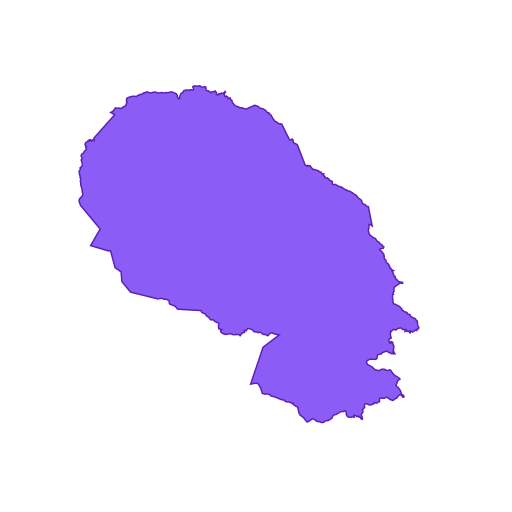 outline of Maguarichi, Chihuahua, Mexico, rotated 315°
{"feature_id": "50627088B68228715353829", "entity_name": "Maguarichi", "entity_type": "district", "adm_level": 2, "iso_a3": "MEX", "parent_name": "Mexico", "parent_adm1": "Chihuahua", "projection": "mercator", "projection_center": [-107.951, 27.819], "detail": "fine", "context": "isolated", "style": "filled", "palette": "violet", "viewbox_px": 512, "rotation_deg": 315, "n_neighbors": 0, "source": "geoboundaries", "source_scale": "gbopen_adm2", "svg_char_len": 6076}
<svg xmlns="http://www.w3.org/2000/svg" viewBox="0 0 512 512"><g transform="rotate(315 256 256)"><path d="M215.6,446.6L216.5,446.1L218.3,442.5L221.3,442.0L222.8,439.9L225.7,440.0L225.7,439.2L228.3,437.7L229.8,438.6L230.7,441.2L231.7,442.4L235.1,443.9L236.2,443.4L237.1,445.2L237.8,445.6L239.6,445.8L240.3,446.4L242.4,444.3L243.4,444.2L245.7,447.0L248.0,448.0L249.0,449.3L249.3,452.2L250.7,455.1L252.9,455.2L254.8,455.9L259.2,455.5L260.4,456.9L260.0,459.7L260.8,460.3L261.5,459.6L261.6,458.7L261.2,456.6L262.9,453.5L263.5,449.6L263.3,446.5L268.4,444.4L269.4,444.4L270.4,445.0L270.9,444.5L270.3,440.3L269.6,439.0L269.9,434.2L270.4,433.1L270.3,431.3L268.0,430.0L266.9,428.3L266.9,427.2L265.1,425.1L262.0,424.1L259.8,420.7L259.6,416.3L258.2,411.8L258.9,409.2L260.5,408.6L263.4,409.4L267.6,413.7L269.0,414.0L271.5,412.1L272.7,412.1L275.5,413.9L277.2,413.7L281.3,415.7L281.6,417.8L282.9,421.1L283.6,421.8L284.5,421.1L284.3,422.7L285.0,423.4L286.0,420.3L289.5,417.5L291.4,413.6L291.5,413.0L290.8,412.0L290.3,412.5L290.7,413.1L289.1,412.6L289.7,410.3L290.9,409.2L292.4,409.1L293.2,409.6L294.0,409.2L294.2,408.3L296.2,405.7L297.4,405.3L298.1,404.2L298.7,404.9L301.5,405.2L302.6,407.3L304.2,407.1L307.5,409.1L307.8,411.8L309.3,413.3L308.3,414.5L309.7,414.3L309.1,415.4L309.7,415.6L309.7,416.4L311.3,417.7L310.5,418.5L310.6,419.3L312.3,418.2L312.8,420.4L315.6,421.1L316.4,420.9L317.0,422.4L318.4,421.5L319.1,421.7L319.3,422.3L320.5,421.9L320.9,420.0L324.0,416.0L323.9,414.4L324.3,413.3L324.0,411.8L323.5,411.4L322.7,408.0L323.4,406.3L322.2,404.3L322.8,402.7L321.3,399.8L321.5,399.0L321.1,397.8L321.6,396.8L321.8,393.2L320.3,388.4L319.5,387.4L319.8,386.2L324.3,380.6L325.4,380.0L326.0,380.3L326.1,379.4L328.4,378.7L330.1,376.9L332.0,375.8L338.4,376.9L339.6,377.9L340.2,379.0L341.0,378.4L338.7,374.9L338.9,371.7L338.5,370.7L339.9,368.8L339.5,368.5L339.6,367.6L341.6,363.5L341.4,362.8L341.7,362.6L342.8,363.4L342.3,361.4L342.6,359.5L342.3,358.9L342.9,358.3L343.8,355.8L343.7,352.0L344.8,351.0L344.9,348.7L347.5,345.4L348.0,342.6L347.9,338.9L348.9,338.8L351.5,340.5L352.9,339.9L352.6,338.9L353.0,337.1L352.3,335.3L352.8,333.4L352.1,330.9L352.8,328.1L351.8,325.6L351.5,321.6L351.8,320.2L353.5,317.2L355.2,316.4L358.2,313.6L359.0,314.3L359.4,316.9L370.3,300.6L369.3,298.6L369.5,296.9L368.6,294.7L368.6,293.5L369.8,291.7L369.9,290.2L369.2,286.7L369.7,285.5L369.7,283.4L369.0,281.3L369.0,279.8L367.9,276.0L367.1,275.3L366.6,273.0L366.0,272.6L365.2,267.5L364.2,266.4L362.7,261.6L360.8,259.5L360.8,258.9L362.6,257.3L361.5,254.0L362.0,252.9L361.5,252.2L361.8,251.3L360.4,250.3L360.2,248.9L360.4,248.4L361.0,248.4L360.7,246.6L362.0,245.7L360.9,244.8L360.9,243.0L361.3,242.8L360.3,241.1L360.5,240.2L358.3,235.7L357.4,235.2L358.0,230.2L356.3,228.5L356.3,227.7L355.8,228.6L355.0,226.6L363.7,207.0L363.9,206.2L362.6,202.4L362.9,201.6L364.0,200.8L364.3,198.9L362.6,198.4L361.9,197.4L367.5,180.9L366.6,180.2L366.6,179.6L365.4,178.2L365.6,176.7L364.7,174.3L365.0,171.3L366.3,166.7L365.8,164.8L366.4,163.9L365.5,162.8L365.7,159.6L365.1,157.0L363.3,154.1L363.2,151.7L361.7,148.5L352.8,145.1L350.8,141.2L349.1,139.4L349.1,138.1L347.6,135.5L347.7,131.9L348.3,129.7L349.0,129.0L348.6,127.2L349.6,126.1L347.7,124.9L348.5,123.6L348.0,121.8L347.1,121.9L346.8,120.7L348.5,118.6L350.3,118.6L350.5,117.8L347.5,117.8L346.7,116.2L345.0,116.2L344.5,114.9L342.8,115.3L342.3,113.6L343.5,112.7L343.8,110.4L341.7,109.7L341.2,108.8L339.6,108.7L339.2,105.7L338.1,104.2L338.3,103.0L340.0,100.9L339.8,100.2L337.1,98.7L336.7,95.9L334.6,94.4L332.7,92.2L332.1,91.7L330.8,91.7L330.0,93.9L328.8,94.2L327.8,92.6L325.1,90.6L324.2,89.3L321.6,88.0L320.3,88.6L317.8,88.1L314.6,89.4L313.4,90.5L312.7,90.5L312.5,88.7L314.1,86.4L314.3,84.7L312.5,80.4L308.3,77.5L307.5,76.3L305.7,75.4L305.0,73.7L302.5,72.1L300.3,68.3L296.7,66.2L294.8,62.6L294.0,62.6L291.9,61.2L290.2,61.1L287.4,59.4L284.1,58.5L282.2,56.2L279.5,54.4L276.3,53.1L274.4,54.3L273.6,56.0L272.8,56.0L271.4,57.3L270.5,57.2L269.6,57.7L268.4,56.9L264.6,56.2L264.2,55.1L261.8,52.8L261.5,51.9L256.8,52.5L254.8,51.7L255.9,56.2L224.9,58.0L223.2,60.0L223.0,58.5L220.9,58.4L221.2,57.2L220.1,57.0L221.1,56.6L220.9,56.3L219.0,55.7L217.5,56.0L216.2,55.4L214.1,56.0L213.6,57.0L213.6,58.7L212.5,58.6L211.4,60.8L208.6,60.5L207.2,61.2L204.7,60.8L203.5,61.2L203.0,61.7L202.2,64.1L200.2,64.5L198.9,67.4L197.0,69.1L196.3,69.5L194.1,69.2L192.8,70.7L190.9,70.9L188.8,73.6L187.9,75.6L187.2,75.9L186.4,77.8L184.5,79.0L184.0,80.1L182.2,82.0L179.9,86.4L179.2,86.8L177.1,90.0L175.5,90.7L171.7,90.8L170.0,91.7L168.8,93.7L167.7,96.2L164.9,126.7L146.4,131.7L155.3,148.2L156.9,149.3L148.1,164.7L149.4,171.8L143.1,179.2L141.7,192.8L156.3,217.0L158.6,218.5L159.8,220.0L160.4,221.6L161.8,222.9L163.0,226.1L161.3,228.1L161.0,229.0L163.3,234.2L163.0,238.2L178.4,255.6L177.8,257.8L179.1,260.6L178.7,263.6L179.2,265.9L178.8,269.0L180.6,270.9L180.7,273.4L182.0,277.0L181.7,277.9L179.8,279.0L178.2,281.2L179.8,283.8L177.9,283.9L177.4,284.7L177.5,286.4L178.3,288.9L179.5,290.4L182.9,292.7L184.3,295.6L188.4,299.4L188.4,301.1L192.1,300.7L193.8,301.9L195.1,300.4L195.7,300.8L196.1,301.9L198.6,301.4L200.1,302.8L201.4,306.0L201.1,306.9L201.2,308.5L202.4,309.6L203.1,311.4L205.2,313.1L205.6,316.2L207.5,319.1L207.8,320.6L208.6,320.9L210.5,320.5L212.8,321.3L214.0,324.3L216.6,328.2L196.5,325.5L161.6,342.8L165.9,345.7L166.7,346.6L167.1,348.5L165.6,353.4L163.3,357.6L164.7,360.2L165.9,360.8L167.4,363.0L167.7,363.8L167.5,365.3L169.9,369.4L172.2,375.2L174.0,377.8L173.9,378.9L174.3,380.6L176.1,382.2L176.7,384.2L177.6,385.0L177.2,386.3L178.0,386.7L177.6,387.4L177.6,388.4L178.0,390.7L178.7,392.2L175.3,397.4L175.1,399.1L174.7,399.5L175.3,403.7L174.7,409.4L175.6,410.1L180.8,411.0L181.6,412.3L182.2,416.4L183.6,417.7L184.6,420.1L186.0,421.4L188.4,421.6L190.5,423.3L193.3,424.1L195.2,424.3L197.3,423.4L198.8,423.5L200.6,424.7L206.4,426.2L207.6,427.7L209.3,428.5L209.6,429.2L209.3,430.3L207.6,432.1L207.2,434.2L207.4,435.2L209.2,437.3L210.5,437.9L211.4,439.4L212.8,437.8L213.5,439.2L213.7,440.8L214.4,440.8L214.8,442.4L215.4,442.2L215.6,444.1L215.2,445.8L215.6,446.6Z" fill="#8b5cf6" stroke="#5b21b6" stroke-width="1.5"/></g></svg>